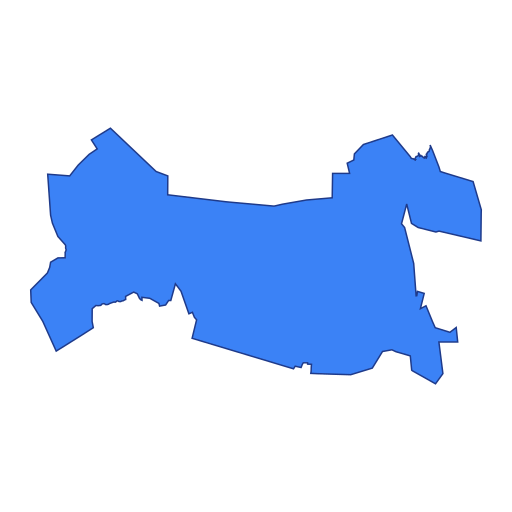 outline of Banámichi, Sonora, Mexico
{"feature_id": "50627088B68944131147189", "entity_name": "Banámichi", "entity_type": "district", "adm_level": 2, "iso_a3": "MEX", "parent_name": "Mexico", "parent_adm1": "Sonora", "projection": "natural_earth1", "projection_center": [-110.155, 30.063], "detail": "fine", "context": "isolated", "style": "filled", "palette": "blue", "viewbox_px": 512, "rotation_deg": 0, "n_neighbors": 0, "source": "geoboundaries", "source_scale": "gbopen_adm2", "svg_char_len": 4307}
<svg xmlns="http://www.w3.org/2000/svg" viewBox="0 0 512 512"><path d="M80.5,335.9L93.3,327.7L92.1,321.4L92.2,308.7L95.9,305.5L98.2,305.7L98.7,305.6L99.9,305.5L100.6,305.4L101.0,305.1L101.3,304.9L101.6,304.4L101.8,304.2L102.3,303.9L103.4,303.7L104.0,303.6L104.6,303.8L105.4,304.5L105.9,304.6L106.6,304.6L107.5,304.5L108.6,304.2L109.4,303.6L111.3,302.9L113.9,302.0L114.5,302.1L115.3,302.2L115.9,301.8L116.4,301.5L116.8,301.0L117.5,300.8L118.2,301.1L118.9,301.5L119.7,301.6L120.2,301.6L120.6,301.6L120.9,301.5L121.1,301.3L121.8,301.0L122.4,300.9L123.1,300.8L124.0,300.3L125.0,299.7L125.7,299.5L125.6,296.4L133.7,292.1L137.3,293.8L139.5,298.4L140.7,299.7L142.0,300.3L141.9,297.3L149.8,298.3L158.9,303.4L159.6,306.1L165.6,305.0L168.6,300.5L170.8,300.5L175.4,283.8L177.1,286.0L181.0,291.2L188.9,313.8L192.4,312.3L194.4,317.3L196.6,319.8L192.1,338.3L293.5,368.8L295.2,366.2L299.2,367.1L301.1,367.5L302.3,364.4L303.3,362.8L307.6,362.8L307.6,364.1L308.7,364.2L310.1,364.2L311.5,364.3L311.3,366.2L311.2,368.6L311.2,369.4L311.1,371.4L310.8,373.4L311.3,373.4L318.0,373.7L322.5,373.8L324.2,373.9L350.7,374.7L372.3,368.1L382.5,351.5L391.9,349.8L395.9,351.7L410.3,355.9L411.7,370.2L412.6,370.9L435.5,383.8L442.9,373.6L438.9,342.0L457.7,342.0L456.2,327.5L449.9,332.3L435.2,327.7L432.4,321.4L426.0,305.8L420.4,308.7L424.2,293.4L417.5,291.4L416.8,295.7L416.1,295.8L413.7,263.5L404.6,227.5L401.5,223.8L406.7,204.0L411.5,223.4L418.1,227.5L435.9,232.0L439.0,231.1L480.9,240.9L481.2,212.9L481.3,209.8L473.1,181.6L444.6,172.9L440.3,171.5L438.9,166.9L432.6,150.6L430.1,145.0L430.2,145.5L430.3,146.1L430.4,146.4L430.5,146.6L430.5,146.9L430.5,147.1L430.4,147.4L430.3,147.5L430.2,148.0L430.0,148.4L429.9,148.7L429.8,149.0L429.6,149.2L429.5,149.4L429.5,149.6L429.4,149.8L429.3,150.0L429.3,150.3L429.3,150.5L429.3,150.8L429.2,151.0L429.0,151.3L428.9,151.4L428.9,151.5L428.6,151.6L428.4,151.7L428.3,151.8L428.1,152.0L427.9,152.1L427.7,152.1L427.6,152.3L427.4,152.6L427.3,152.9L427.3,153.0L427.2,153.1L427.0,153.3L427.0,153.6L426.6,154.0L426.4,154.1L426.3,154.4L426.3,154.5L426.6,154.6L426.8,154.6L426.8,154.8L426.7,155.0L426.7,155.7L426.7,155.9L426.7,156.0L426.8,156.2L426.9,156.3L426.5,156.6L426.4,156.7L426.4,156.9L426.5,157.0L426.6,157.3L426.4,157.6L426.4,157.8L426.3,158.0L426.1,157.8L426.1,157.7L426.2,157.2L426.1,156.9L426.0,156.6L426.0,156.3L425.9,156.3L425.7,156.4L425.5,156.6L425.3,156.8L425.2,156.9L425.2,157.0L425.1,157.4L424.9,157.3L425.0,157.2L424.9,157.1L424.9,157.4L424.9,157.5L424.7,157.5L424.7,157.8L424.8,158.0L424.7,158.1L424.3,158.0L424.2,158.0L423.9,157.9L423.7,157.5L423.5,157.4L423.3,157.3L423.2,157.2L422.8,157.0L422.8,156.9L422.7,156.8L422.6,156.7L422.3,156.6L422.2,156.5L422.0,156.1L421.9,156.0L421.7,156.0L421.4,156.2L421.2,156.2L421.0,155.9L421.0,155.7L420.9,155.6L420.8,155.4L420.7,155.4L420.4,155.3L420.1,155.3L419.9,155.6L420.0,155.8L420.0,156.2L419.9,156.3L419.7,156.4L419.7,156.2L419.6,155.8L419.5,155.6L419.5,155.3L419.5,155.2L419.6,154.9L419.4,154.5L419.3,154.2L419.2,154.0L419.1,153.9L418.9,153.7L418.8,153.4L418.7,153.2L418.6,153.3L418.7,153.6L418.6,153.8L418.4,153.9L418.4,154.0L418.6,154.1L418.6,154.3L418.6,154.5L418.6,154.9L418.6,155.1L418.5,155.4L418.4,155.5L418.2,155.7L417.6,156.0L417.2,156.3L416.8,156.4L416.7,156.4L416.6,156.5L416.4,156.5L416.2,156.5L415.9,156.8L415.8,157.0L415.8,157.3L415.5,157.7L415.4,158.0L415.2,158.2L415.0,158.5L414.9,158.8L414.9,159.2L414.9,159.3L415.0,159.6L415.2,159.8L415.3,159.8L415.2,159.9L415.2,160.0L414.9,159.9L414.6,159.5L414.4,159.5L414.0,159.3L413.8,159.1L413.7,159.0L413.5,158.9L413.4,158.9L413.2,158.7L412.7,158.7L412.3,158.6L412.2,158.6L411.8,158.5L411.7,158.5L411.6,158.4L411.4,158.4L411.2,158.3L411.2,158.1L410.7,157.4L410.3,156.7L392.4,135.0L363.4,144.5L354.4,153.9L353.8,160.0L347.2,163.2L349.6,173.4L332.6,173.4L332.2,197.8L306.5,200.0L282.4,204.2L275.1,205.9L273.9,206.1L252.9,204.2L232.7,202.4L226.3,201.8L167.7,194.8L167.7,191.6L167.8,175.9L156.1,171.5L110.4,128.2L91.4,139.9L97.2,148.9L89.2,154.3L78.2,165.1L69.7,175.9L47.7,174.2L50.6,215.2L52.4,223.1L57.9,236.5L65.3,244.8L65.6,245.5L65.7,246.3L65.6,247.7L65.7,248.5L66.1,249.5L66.0,250.4L65.5,251.6L65.1,252.5L65.2,253.5L65.1,257.8L57.9,257.9L50.6,262.2L49.7,267.4L47.4,273.0L30.7,289.9L31.2,302.4L42.8,321.4L56.2,351.1L80.5,335.9Z" fill="#3b82f6" stroke="#1e3a8a" stroke-width="1.5"/></svg>